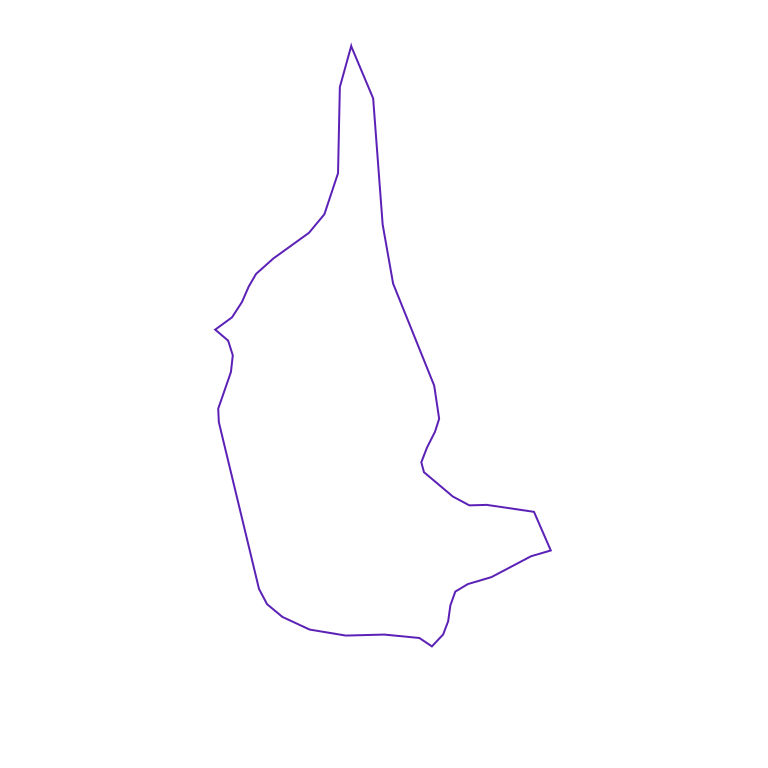 outline of Iligan, rotated 218°
{"feature_id": "PHL-5530", "entity_name": "Iligan", "entity_type": "Highly Urbanized City", "adm_level": 1, "iso_a3": "PHL", "parent_name": "Philippines", "parent_adm1": "", "projection": "robinson", "projection_center": [124.411, 8.192], "detail": "fine", "context": "isolated", "style": "outline", "palette": "violet", "viewbox_px": 768, "rotation_deg": 218, "n_neighbors": 0, "source": "natural_earth", "source_scale": "10m", "svg_char_len": 814}
<svg xmlns="http://www.w3.org/2000/svg" viewBox="0 0 768 768"><g transform="rotate(218 384 384)"><path d="M150.1,355.5L162.1,338.8L180.5,297.9L194.8,277.9L200.0,264.3L195.4,250.4L187.4,236.6L183.2,223.1L184.7,206.7L185.1,206.7L199.8,205.6L229.7,186.6L229.9,186.4L254.9,165.8L259.3,162.2L291.4,144.7L320.6,137.9L340.6,138.5L356.4,145.6L390.6,172.8L490.6,252.2L499.4,262.4L512.0,299.2L520.8,313.5L533.5,322.2L550.3,322.9L550.5,322.9L544.8,343.0L546.4,361.2L550.6,377.5L552.6,392.0L548.5,414.7L536.2,457.0L535.5,481.1L550.0,521.8L601.6,590.8L617.9,630.1L617.5,629.8L568.4,602.4L483.2,508.8L438.6,468.7L343.4,413.6L319.1,390.5L314.4,377.7L311.0,360.4L306.4,345.3L298.2,339.1L260.3,337.7L242.1,340.9L241.8,341.1L230.3,350.6L228.8,351.9L187.1,375.6L150.1,355.5Z" fill="none" stroke="#5b21b6" stroke-width="2"/></g></svg>